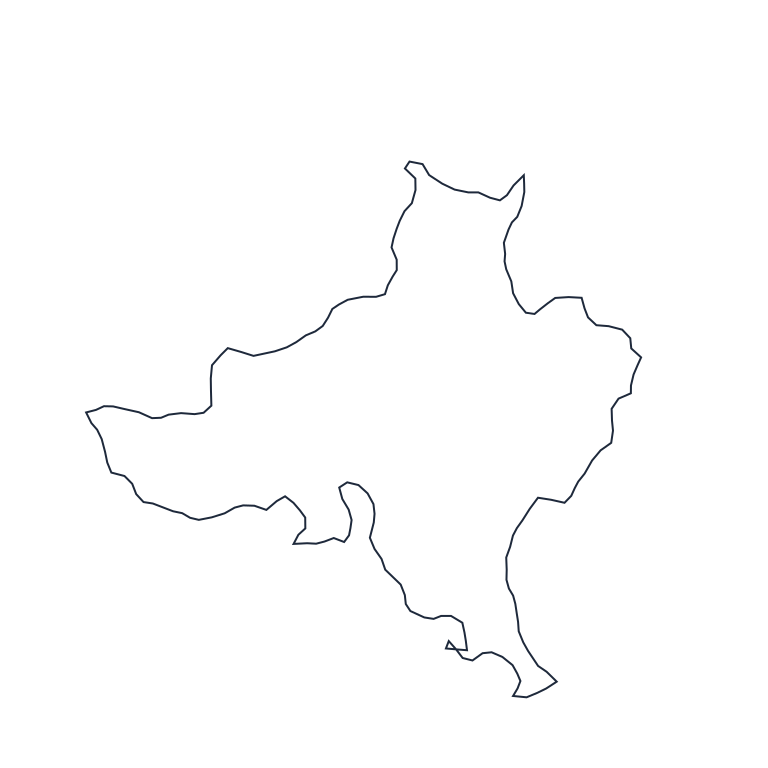 Cordislândia, Minas Gerais, Brazil (Robinson projection), rotated 291°
{"feature_id": "56859067B95585919625672", "entity_name": "Cordislândia", "entity_type": "district", "adm_level": 2, "iso_a3": "BRA", "parent_name": "Brazil", "parent_adm1": "Minas Gerais", "projection": "robinson", "projection_center": [-45.671, -21.77], "detail": "fine", "context": "isolated", "style": "outline", "palette": "slate", "viewbox_px": 768, "rotation_deg": 291, "n_neighbors": 0, "source": "geoboundaries", "source_scale": "gbopen_adm2", "svg_char_len": 2663}
<svg xmlns="http://www.w3.org/2000/svg" viewBox="0 0 768 768"><g transform="rotate(291 384 384)"><path d="M162.1,546.4L156.4,555.6L157.6,565.7L168.0,572.5L172.1,580.6L171.6,592.4L167.6,604.8L161.4,612.2L155.6,617.8L147.7,617.8L139.0,616.3L142.6,629.4L150.5,637.7L157.8,644.5L168.0,651.9L173.6,639.0L176.0,628.9L181.6,621.0L186.4,614.2L192.7,606.6L201.4,598.4L210.0,594.4L218.2,589.7L225.8,585.4L232.7,580.4L237.8,573.9L245.1,568.5L254.6,565.1L265.8,560.3L277.2,560.1L288.7,558.7L297.1,559.7L306.3,562.1L319.7,564.8L333.0,568.5L335.8,581.5L337.8,595.1L346.7,598.9L355.1,599.4L362.5,600.3L372.2,603.4L387.2,605.7L399.7,610.0L410.5,617.2L422.5,614.5L431.7,609.9L442.4,605.4L454.4,608.2L463.8,617.8L471.1,615.1L482.3,613.6L492.6,614.0L501.0,614.5L505.8,602.1L515.0,597.5L520.1,586.9L518.5,573.0L515.0,561.2L519.3,550.6L526.5,544.1L535.3,537.6L531.3,525.2L525.7,513.0L518.1,508.0L509.8,503.0L503.3,499.4L501.4,490.9L506.9,481.2L515.0,472.0L525.4,466.1L534.9,457.0L541.7,452.6L548.8,450.5L558.8,445.3L572.8,444.9L580.7,445.5L587.8,448.5L599.5,448.7L613.5,446.2L621.1,443.1L629.0,439.7L615.8,433.8L604.3,431.1L597.0,426.4L595.9,416.2L596.7,403.4L593.1,394.1L590.8,380.2L591.9,366.6L595.2,351.3L603.1,341.2L600.8,328.1L592.7,326.3L587.1,339.6L576.4,343.9L562.8,345.2L552.7,341.2L542.0,340.2L533.6,340.2L523.4,340.7L514.2,342.1L504.6,351.3L494.9,355.1L487.5,353.6L477.5,352.2L468.2,352.7L462.6,345.4L458.0,333.3L449.6,319.9L442.0,313.4L435.6,308.9L425.9,308.0L416.2,306.0L408.5,301.0L401.4,293.6L391.8,287.2L383.4,280.1L375.4,270.4L368.9,260.4L363.5,252.1L362.7,239.2L361.5,225.3L352.3,221.2L339.9,216.7L327.1,220.3L315.9,224.8L301.9,230.6L292.5,225.9L288.0,218.0L284.1,205.0L278.2,193.9L272.6,188.0L269.0,179.7L269.8,165.3L267.6,150.6L266.0,139.1L262.9,130.5L256.6,124.4L250.7,116.1L242.6,124.9L238.5,132.6L231.4,140.2L220.7,147.9L211.5,153.8L203.6,161.2L205.1,174.7L200.6,184.7L192.4,192.1L187.6,201.8L189.6,211.0L189.6,222.6L189.6,232.7L191.1,241.9L189.6,250.9L190.8,259.8L197.8,271.0L206.2,281.6L215.1,288.9L220.2,296.0L223.9,306.6L224.3,319.3L236.2,325.8L243.7,331.9L240.6,342.1L235.9,350.8L231.1,358.3L221.0,362.3L212.6,358.1L202.3,356.9L207.8,369.3L210.6,377.9L215.6,384.9L222.2,392.3L222.2,403.4L230.2,405.6L237.5,404.3L245.4,402.5L254.1,396.0L261.7,386.3L271.3,379.3L279.0,384.9L280.5,396.4L276.0,407.9L268.1,417.2L259.4,421.7L251.0,424.1L235.4,425.9L226.6,434.3L219.8,444.4L211.1,451.7L207.0,461.4L202.7,471.5L194.4,479.1L186.4,483.2L181.5,490.0L180.5,505.3L182.5,514.5L187.9,520.4L191.5,529.7L189.2,542.7L180.8,548.2L173.6,552.4L165.2,556.9L162.1,546.4ZM162.1,546.4L167.2,536.6L159.3,536.6L162.1,546.4Z" fill="none" stroke="#1e293b" stroke-width="2"/></g></svg>